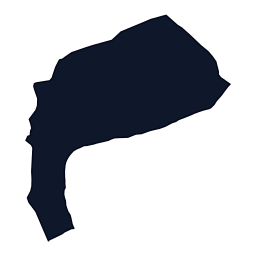 Armant, Qina, Egypt
{"feature_id": "37247803B28192113145833", "entity_name": "Armant", "entity_type": "district", "adm_level": 2, "iso_a3": "EGY", "parent_name": "Egypt", "parent_adm1": "Qina", "projection": "orthographic", "projection_center": [32.504, 25.612], "detail": "fine", "context": "isolated", "style": "filled", "palette": "ink", "viewbox_px": 256, "rotation_deg": 0, "n_neighbors": 0, "source": "geoboundaries", "source_scale": "gbopen_adm2", "svg_char_len": 1986}
<svg xmlns="http://www.w3.org/2000/svg" viewBox="0 0 256 256"><path d="M229.9,84.2L220.3,77.5L219.8,77.0L219.8,76.4L218.4,75.2L218.3,73.2L218.2,71.3L215.7,61.6L212.2,56.6L208.0,51.7L200.6,45.6L189.7,35.2L181.5,27.9L177.5,25.5L166.1,15.4L162.8,16.3L150.8,19.6L144.3,22.4L121.1,32.0L118.1,34.8L112.0,40.4L93.5,45.5L85.9,47.9L79.0,50.3L72.0,52.7L70.4,53.7L64.6,57.7L62.7,59.2L59.5,60.0L56.0,66.8L54.4,71.4L52.2,78.1L49.8,80.9L49.0,81.0L48.2,81.1L41.9,82.1L36.3,83.0L34.4,83.8L33.9,86.4L34.8,89.6L37.9,98.6L37.6,105.8L36.0,110.4L29.4,119.3L30.9,123.8L31.9,128.3L30.7,131.0L30.3,135.6L27.8,136.4L26.1,140.4L31.5,144.7L33.0,147.8L32.7,154.1L32.1,165.5L31.8,171.4L32.0,175.3L32.2,179.5L32.0,186.4L30.9,191.2L27.5,197.8L29.0,202.2L30.2,203.8L36.0,211.6L48.4,240.6L49.3,239.8L62.3,233.5L64.1,232.0L71.1,228.6L73.7,228.3L73.6,227.8L72.7,225.9L71.9,223.8L71.6,222.0L71.2,220.4L70.7,217.8L69.8,214.8L67.8,211.8L66.6,208.5L65.6,205.3L65.5,203.2L65.2,200.5L64.3,197.8L63.8,195.4L63.6,194.3L63.8,191.3L63.8,190.2L64.4,189.1L65.1,187.6L64.7,184.1L64.7,180.2L64.4,176.9L64.4,176.5L64.3,171.1L64.7,167.1L64.9,164.9L65.8,161.5L66.4,160.3L66.6,159.8L67.2,158.5L68.9,155.8L70.5,153.8L72.9,151.1L74.6,149.9L77.2,148.5L79.3,147.7L82.1,146.4L84.0,145.5L87.0,145.3L91.1,144.4L94.0,143.8L96.3,143.0L97.6,142.7L99.0,142.4L108.3,140.2L110.9,139.0L114.3,137.7L119.8,137.4L123.5,137.3L128.0,137.1L131.5,135.7L135.8,134.0L141.5,133.5L144.0,132.6L144.8,132.3L146.7,131.6L149.8,130.5L152.3,129.9L154.7,129.3L155.6,129.1L157.8,128.6L159.1,128.3L159.8,128.1L161.3,127.6L162.6,127.1L164.6,126.4L166.3,125.6L167.9,124.7L169.1,124.1L170.1,123.6L171.0,123.1L171.9,122.6L173.2,122.2L174.7,121.7L176.0,121.2L178.4,119.6L179.1,119.3L180.8,118.6L183.6,117.6L184.8,117.1L187.1,116.2L190.1,115.0L192.9,113.8L193.9,113.2L195.5,112.7L198.9,111.4L203.1,110.0L206.9,109.0L208.8,108.6L210.9,107.5L214.0,104.4L216.0,101.2L218.0,98.8L221.2,95.2L224.8,90.3L227.7,86.5L229.9,84.2Z" fill="#0f172a" stroke="#020617" stroke-width="1.5"/></svg>